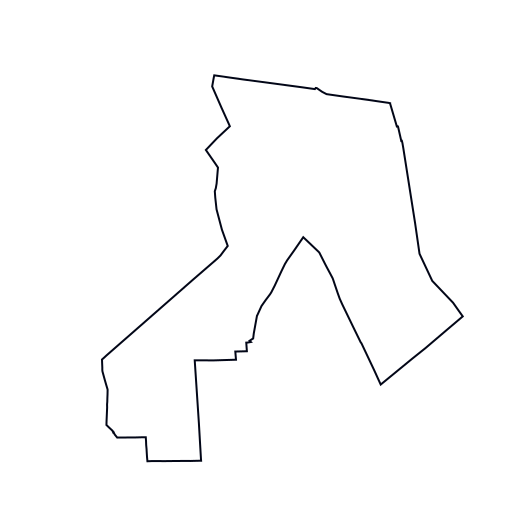 Curtici, Arad, Romania (Natural Earth projection), rotated 256°
{"feature_id": "2599482B1459479635859", "entity_name": "Curtici", "entity_type": "district", "adm_level": 2, "iso_a3": "ROU", "parent_name": "Romania", "parent_adm1": "Arad", "projection": "natural_earth1", "projection_center": [21.262, 46.352], "detail": "fine", "context": "isolated", "style": "outline", "palette": "ink", "viewbox_px": 512, "rotation_deg": 256, "n_neighbors": 0, "source": "geoboundaries", "source_scale": "gbopen_adm2", "svg_char_len": 1963}
<svg xmlns="http://www.w3.org/2000/svg" viewBox="0 0 512 512"><g transform="rotate(256 256 256)"><path d="M371.8,423.1L372.7,421.3L373.4,419.5L376.8,411.2L380.1,403.2L390.1,378.1L396.0,363.6L399.3,359.9L402.6,357.0L404.2,355.6L404.6,354.6L403.7,353.5L408.4,341.9L430.5,286.0L441.4,259.2L438.7,257.9L431.1,254.5L408.2,258.4L390.6,261.6L388.2,262.0L379.7,246.7L371.0,233.0L355.4,238.9L351.0,240.5L335.8,235.3L331.5,233.4L328.8,231.7L322.5,230.6L310.8,229.0L289.8,229.3L272.6,231.0L268.4,225.7L265.1,221.7L262.9,218.0L248.1,188.8L229.2,152.1L195.7,86.9L194.1,84.0L192.8,81.5L192.2,81.4L188.9,80.7L185.0,79.9L182.6,79.3L181.1,79.1L176.7,79.2L172.4,79.3L166.9,79.5L162.6,79.7L161.9,79.6L157.8,78.5L153.7,77.3L150.4,76.4L148.1,75.6L145.0,74.9L140.6,73.6L136.2,72.3L131.8,71.0L128.2,70.0L124.7,72.2L121.3,74.4L119.3,74.8L119.5,75.2L117.0,75.7L113.4,77.4L112.5,81.3L111.3,86.1L110.2,90.8L109.0,95.6L107.9,100.6L106.8,105.2L102.9,104.5L99.1,103.7L95.2,103.1L91.0,102.3L87.2,101.6L83.1,101.0L82.2,105.4L81.0,110.2L79.8,114.9L78.8,118.9L77.9,122.7L76.9,126.9L76.0,130.6L75.0,134.8L74.0,138.9L73.0,142.7L72.1,146.8L71.2,150.8L70.6,153.2L72.4,153.5L107.4,160.1L169.6,171.3L164.9,189.9L160.2,211.5L168.3,212.8L165.8,224.1L174.3,225.6L174.1,226.6L174.0,227.4L173.8,230.2L175.3,229.3L176.7,233.3L181.6,235.2L197.8,242.5L198.1,242.8L198.3,243.0L204.7,248.1L206.1,249.2L210.8,254.6L215.5,260.4L217.0,262.0L222.6,266.9L235.1,277.0L241.2,282.1L244.3,285.2L252.1,294.3L262.8,306.4L244.7,317.9L243.9,318.3L231.1,321.2L227.0,322.2L219.9,324.0L215.8,325.0L213.7,325.2L209.8,325.5L200.2,326.3L194.3,326.9L188.2,328.0L163.8,333.1L146.9,336.7L145.8,337.2L116.8,343.0L101.1,345.9L105.7,355.6L118.5,382.6L125.8,398.5L127.4,401.7L138.1,423.2L145.7,438.6L147.4,442.0L153.2,439.7L163.0,435.9L189.2,421.0L218.6,415.2L249.2,418.3L324.8,425.0L330.2,425.4L332.5,425.4L332.5,424.8L347.1,425.1L347.6,424.9L347.6,424.0L371.5,423.0L371.8,423.1Z" fill="none" stroke="#020617" stroke-width="2"/></g></svg>